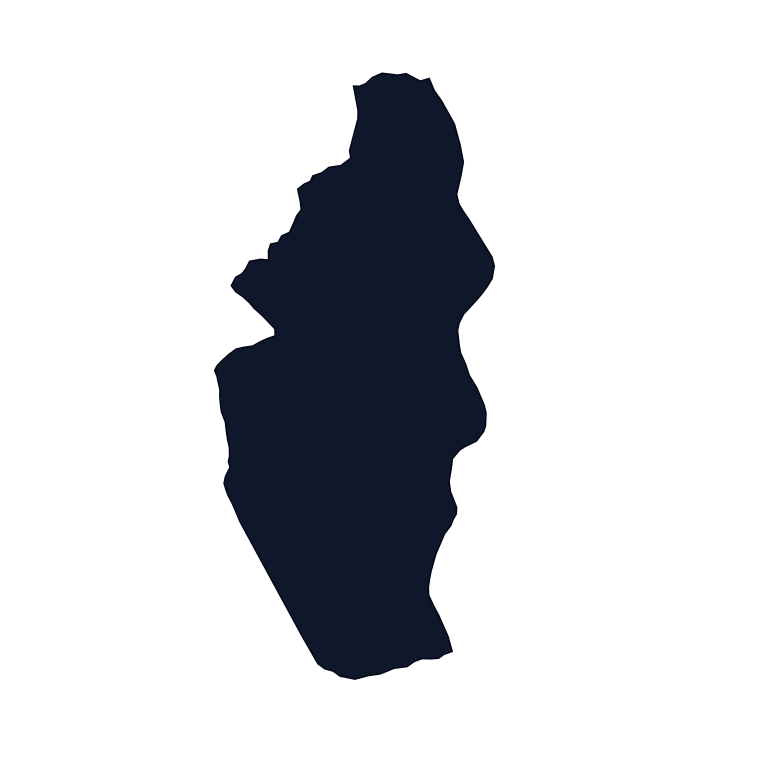 the district of Nazária, Piauí, Brazil, rotated 141°
{"feature_id": "56859067B86808637592511", "entity_name": "Nazária", "entity_type": "district", "adm_level": 2, "iso_a3": "BRA", "parent_name": "Brazil", "parent_adm1": "Piauí", "projection": "robinson", "projection_center": [-42.873, -5.44], "detail": "fine", "context": "isolated", "style": "filled", "palette": "ink", "viewbox_px": 768, "rotation_deg": 141, "n_neighbors": 0, "source": "geoboundaries", "source_scale": "gbopen_adm2", "svg_char_len": 1863}
<svg xmlns="http://www.w3.org/2000/svg" viewBox="0 0 768 768"><g transform="rotate(141 384 384)"><path d="M156.6,593.0L165.2,596.6L171.5,611.3L178.9,615.4L189.9,626.7L200.2,629.5L209.2,628.9L215.7,630.8L220.2,634.7L232.0,612.9L237.4,606.4L244.0,601.7L263.9,587.0L267.6,580.5L280.1,580.9L290.5,587.0L299.3,587.2L308.4,590.5L313.8,587.8L319.9,589.5L328.4,589.8L334.3,578.2L338.7,571.5L346.2,569.6L351.8,566.4L362.0,561.3L370.2,563.5L377.3,560.6L384.0,564.1L389.9,560.3L395.7,553.0L401.5,558.6L411.2,563.9L418.6,560.6L425.0,559.0L432.0,560.3L440.8,556.5L441.1,549.0L438.8,541.2L437.4,532.2L437.2,524.2L435.9,516.4L435.2,510.6L434.6,502.6L434.0,495.6L438.3,489.9L445.9,492.7L453.4,494.6L462.3,496.2L469.8,500.7L477.0,504.2L486.0,504.6L494.5,504.2L502.3,503.2L507.2,501.0L508.8,495.3L511.8,489.5L514.9,483.1L519.9,477.0L523.6,471.6L527.8,464.8L531.2,454.3L537.1,445.0L540.7,438.9L543.9,432.2L549.3,425.2L553.8,421.6L556.0,416.2L565.2,412.0L570.8,407.5L573.3,401.4L575.3,395.6L576.6,388.6L578.4,381.9L582.6,367.5L606.1,240.9L611.4,208.2L609.2,199.9L604.2,192.9L601.9,184.5L592.3,172.9L579.5,167.2L569.9,161.4L563.4,159.2L555.3,156.9L543.9,149.9L535.1,149.3L527.3,146.7L520.2,140.7L514.0,136.5L507.7,136.2L499.3,133.3L493.1,147.7L487.1,169.8L485.2,179.7L482.3,191.6L477.6,198.0L470.5,204.6L465.3,208.9L450.9,219.1L431.2,229.5L421.0,232.0L415.7,235.2L409.7,237.5L405.2,242.4L400.1,258.5L394.6,267.5L385.7,275.3L377.8,282.9L366.5,285.1L361.1,284.5L347.9,281.5L336.2,284.5L331.7,287.4L323.0,297.2L319.3,305.0L314.3,322.6L312.3,337.3L308.2,347.9L304.9,360.2L301.2,366.8L293.1,379.4L287.3,384.1L278.3,388.2L259.5,390.9L251.6,392.4L243.1,394.6L233.7,397.9L224.1,406.2L220.2,414.8L214.5,458.8L213.7,469.0L212.5,476.7L208.3,485.6L193.0,497.6L182.7,506.5L174.6,521.6L165.7,541.7L161.2,567.4L160.3,580.5L156.6,593.0Z" fill="#0f172a" stroke="#020617" stroke-width="1.5"/></g></svg>